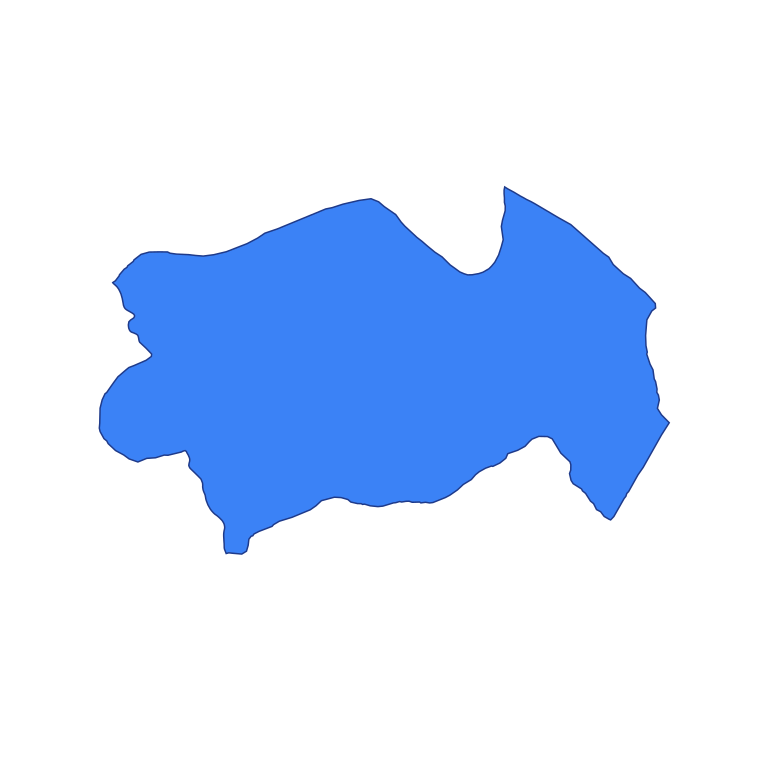 outline of San Agustín Acasaguastlán, El Progreso, Guatemala, rotated 69°
{"feature_id": "79465075B82802507944465", "entity_name": "San Agustín Acasaguastlán", "entity_type": "district", "adm_level": 2, "iso_a3": "GTM", "parent_name": "Guatemala", "parent_adm1": "El Progreso", "projection": "robinson", "projection_center": [-89.983, 15.017], "detail": "fine", "context": "isolated", "style": "filled", "palette": "blue", "viewbox_px": 768, "rotation_deg": 69, "n_neighbors": 0, "source": "geoboundaries", "source_scale": "gbopen_adm2", "svg_char_len": 4034}
<svg xmlns="http://www.w3.org/2000/svg" viewBox="0 0 768 768"><g transform="rotate(69 384 384)"><path d="M485.7,592.1L486.0,589.4L488.0,585.5L491.8,577.7L490.8,572.3L485.9,568.6L480.5,565.8L478.5,562.6L478.7,560.9L477.4,559.1L476.8,553.5L476.8,539.5L475.7,537.5L474.6,530.9L475.5,517.5L475.0,497.9L473.3,491.1L470.5,484.2L471.9,470.9L474.7,464.7L478.9,459.1L482.3,457.3L486.2,451.5L487.5,448.2L488.7,447.2L489.2,445.2L492.8,440.5L496.3,433.6L497.6,428.8L498.4,417.7L499.0,415.6L499.3,411.6L500.5,409.8L501.4,405.5L502.4,402.6L504.5,400.1L507.0,393.0L508.2,392.2L509.3,387.6L511.4,384.0L512.2,380.8L512.0,367.4L511.4,362.4L509.2,353.4L506.2,346.0L504.5,336.7L501.5,331.1L500.0,326.4L499.0,319.4L499.1,313.2L499.9,311.9L499.3,304.1L497.0,296.9L493.4,293.4L493.8,282.9L492.7,274.6L489.9,269.0L488.5,265.5L488.4,258.2L491.7,250.1L495.5,246.6L511.9,243.7L523.2,238.3L526.3,238.5L531.3,240.5L534.1,242.9L541.0,243.9L544.9,243.1L552.8,237.2L554.9,237.0L558.4,235.0L567.3,233.2L570.8,231.2L577.4,230.6L580.9,227.5L586.6,225.9L591.0,222.3L592.1,221.1L590.1,216.9L576.9,200.8L575.6,198.5L573.2,196.6L572.1,194.2L559.8,179.4L554.8,172.0L531.0,143.2L522.4,131.6L512.2,136.0L504.8,137.5L497.6,132.7L492.7,131.8L489.5,132.3L486.6,130.9L479.1,129.6L476.1,129.9L467.2,127.8L460.8,128.5L450.2,128.0L448.6,126.8L442.1,125.7L432.5,122.4L418.3,115.6L411.8,107.8L410.4,103.2L406.1,101.9L397.8,105.1L392.2,107.3L386.1,111.1L373.8,115.9L366.8,121.1L354.6,127.2L346.1,128.7L341.8,131.6L340.6,132.4L302.1,152.5L291.3,161.5L286.9,165.0L269.6,178.7L266.3,181.5L262.8,184.8L260.2,186.9L257.1,189.6L251.7,193.8L246.1,198.6L243.3,200.7L246.0,202.4L249.4,203.7L253.5,204.9L257.6,206.5L261.3,207.0L265.7,208.8L273.6,214.7L279.0,218.0L292.0,221.0L298.3,225.6L304.7,230.8L310.0,236.9L312.5,241.3L314.0,244.7L315.1,251.5L314.9,255.9L313.6,262.6L312.5,265.7L312.1,266.8L309.8,269.7L306.5,273.1L301.5,276.3L296.5,279.6L286.2,284.2L279.1,289.3L270.8,294.0L264.6,297.3L258.8,300.8L251.0,304.6L244.1,308.0L238.9,310.0L230.1,312.3L218.5,320.2L212.0,323.7L206.4,329.7L203.7,341.4L201.4,357.8L200.8,369.2L199.7,375.7L200.4,403.4L201.0,428.3L200.5,441.2L202.5,449.8L203.9,461.5L204.0,483.9L202.3,496.6L199.8,506.9L196.6,513.6L193.2,520.1L188.3,531.3L185.2,536.9L183.2,538.7L180.2,546.2L176.7,555.9L175.9,564.3L178.5,572.9L179.7,574.1L181.8,580.9L183.0,582.2L183.7,585.4L187.2,591.8L188.2,592.6L191.4,597.8L192.1,600.9L193.0,600.7L195.5,599.4L197.4,598.5L198.8,598.1L200.4,597.7L203.3,597.4L205.8,597.3L207.9,597.5L210.2,597.7L211.9,598.0L215.7,598.7L217.0,599.0L218.2,599.0L219.4,599.0L221.0,598.6L221.9,598.1L223.1,597.3L225.1,595.6L227.6,593.6L229.3,592.5L230.8,592.4L231.6,592.8L232.5,593.8L232.9,595.1L233.4,597.5L234.5,599.9L237.2,601.5L239.0,602.0L240.4,602.3L242.3,602.3L244.0,601.9L245.1,601.1L245.8,600.3L246.7,599.3L248.6,597.4L250.0,596.5L251.2,596.4L253.0,596.6L254.9,597.0L256.2,597.2L257.5,597.1L265.1,593.4L272.7,590.2L274.9,591.3L276.6,597.5L277.2,610.7L277.2,616.3L278.3,619.7L281.9,629.8L285.6,635.6L288.0,639.2L292.6,646.0L293.1,647.9L297.8,652.8L304.8,657.7L318.7,663.4L323.2,665.6L326.7,666.1L334.7,665.0L337.8,663.2L340.8,662.9L349.9,658.5L357.0,652.4L362.6,648.8L368.6,641.7L368.4,632.1L371.0,623.7L371.6,614.7L373.1,611.2L374.9,597.4L374.7,596.3L374.7,594.9L374.9,593.5L376.2,592.7L377.9,592.6L379.1,592.4L380.3,592.2L381.3,592.2L382.9,592.1L384.5,592.3L385.8,592.8L386.7,593.3L388.2,594.4L390.0,595.4L391.3,595.5L393.0,595.3L394.6,594.6L399.3,592.4L403.7,590.4L404.7,590.0L406.0,589.4L407.4,588.9L408.6,588.9L410.4,588.9L411.4,588.9L412.5,589.2L414.0,589.7L415.1,590.2L417.9,590.8L419.9,590.9L422.2,590.8L423.6,590.8L425.4,591.1L427.2,591.5L429.3,591.7L431.2,591.7L433.8,591.7L438.4,591.0L440.3,590.5L443.2,589.4L445.0,588.5L446.9,587.2L448.5,586.3L450.3,585.4L453.6,584.0L455.8,583.6L456.8,583.5L457.9,583.5L459.6,583.8L461.0,584.2L462.3,584.9L463.9,586.0L465.9,587.1L467.0,587.6L468.6,588.2L470.2,588.7L474.2,590.0L475.9,590.5L478.1,591.3L479.5,591.8L480.8,592.1L482.5,592.1L485.7,592.1Z" fill="#3b82f6" stroke="#1e3a8a" stroke-width="1.5"/></g></svg>